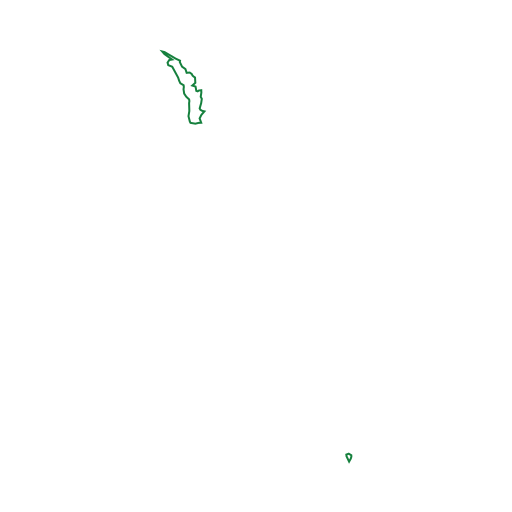 SVG path tracing the border of South Georgia and the Islands, rotated 31°
{"feature_id": "SGS", "entity_name": "South Georgia and the Islands", "entity_type": "country or territory", "adm_level": 0, "iso_a3": "SGS", "parent_name": "Seven seas (open ocean)", "parent_adm1": "", "projection": "mercator", "projection_center": [-35.407, -56.238], "detail": "fine", "context": "isolated", "style": "outline", "palette": "green", "viewbox_px": 512, "rotation_deg": 31, "n_neighbors": 0, "source": "natural_earth", "source_scale": "50m", "svg_char_len": 906}
<svg xmlns="http://www.w3.org/2000/svg" viewBox="0 0 512 512"><g transform="rotate(31 256 256)"><path d="M99.2,132.1L102.2,134.7L104.7,132.9L107.2,133.1L108.6,134.0L110.0,134.3L111.8,134.4L114.8,138.8L113.6,142.7L116.9,141.9L119.8,145.2L121.2,144.9L121.8,143.6L123.7,142.1L125.0,144.1L126.6,148.0L128.6,149.2L130.3,153.3L131.7,158.5L133.0,159.3L135.1,159.3L137.3,158.6L136.5,163.1L136.8,167.1L140.4,170.0L138.2,171.5L135.9,173.8L131.3,175.6L130.1,174.9L126.1,170.9L124.2,166.1L119.9,159.4L119.1,157.5L118.0,156.2L114.2,155.4L110.8,153.8L108.0,150.4L107.1,148.3L106.0,146.9L102.2,146.9L99.8,145.3L97.4,143.2L86.7,136.9L82.5,137.6L80.6,135.8L80.7,132.7L82.9,130.8L73.6,130.1L70.3,129.0L72.6,128.3L85.5,128.2L90.3,127.7L90.8,129.0L95.1,131.8L99.2,132.1ZM441.6,380.9L441.7,384.3L436.8,381.1L435.7,379.7L437.3,377.7L440.3,377.7L441.1,378.9L441.6,380.9Z" fill="none" stroke="#15803d" stroke-width="2"/></g></svg>